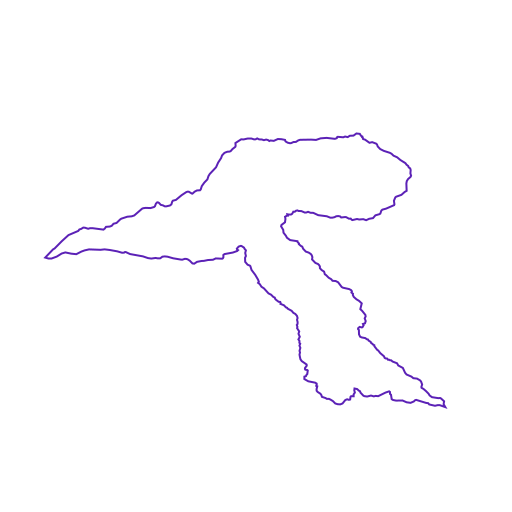 the district of La Florida, Nariño, Colombia, rotated 98°
{"feature_id": "7082276B51356117311945", "entity_name": "La Florida", "entity_type": "district", "adm_level": 2, "iso_a3": "COL", "parent_name": "Colombia", "parent_adm1": "Nariño", "projection": "equal_earth", "projection_center": [-77.375, 1.322], "detail": "fine", "context": "isolated", "style": "outline", "palette": "violet", "viewbox_px": 512, "rotation_deg": 98, "n_neighbors": 0, "source": "geoboundaries", "source_scale": "gbopen_adm2", "svg_char_len": 6129}
<svg xmlns="http://www.w3.org/2000/svg" viewBox="0 0 512 512"><g transform="rotate(98 256 256)"><path d="M286.9,464.5L287.4,461.0L287.0,458.2L284.3,453.2L280.6,448.8L279.0,445.3L279.4,439.3L279.2,434.2L275.9,429.5L274.3,426.5L272.7,422.3L271.5,410.8L270.5,406.9L270.4,401.7L270.7,394.1L271.4,389.2L271.1,387.2L270.4,386.5L270.2,385.6L271.6,381.0L272.1,367.9L273.1,362.7L273.1,359.3L271.9,355.1L272.0,353.1L271.6,350.5L269.7,348.6L269.1,346.3L269.0,343.5L269.8,337.7L270.0,329.8L269.9,328.5L268.7,326.0L268.6,324.5L268.8,323.2L269.9,320.9L272.2,317.9L272.2,316.1L270.0,313.6L268.5,309.2L268.1,307.0L266.7,303.1L265.7,298.1L264.0,295.5L263.4,289.2L262.9,288.5L261.7,288.1L259.6,288.5L258.5,287.5L255.8,279.4L253.7,275.4L252.7,274.6L252.2,275.6L251.4,276.0L249.1,274.5L248.1,272.5L248.1,271.8L249.4,269.0L250.4,268.4L251.8,266.8L254.5,267.1L257.4,266.0L259.3,266.6L263.3,265.9L265.8,263.1L266.4,260.7L266.8,260.2L270.4,258.5L274.7,254.2L279.1,250.7L281.1,249.6L282.3,250.2L283.3,248.4L285.7,246.3L286.9,243.7L291.3,238.4L292.2,235.7L294.1,233.2L294.6,231.6L295.6,231.2L296.5,230.2L298.2,227.2L298.1,225.6L299.3,225.0L300.0,225.1L300.9,221.5L302.7,219.2L303.0,217.9L303.7,217.4L305.3,213.1L307.1,211.1L307.9,209.0L309.6,207.1L311.6,206.2L313.5,206.5L315.6,205.6L317.5,205.4L318.6,206.0L320.5,205.1L321.7,205.3L324.7,202.7L327.1,203.1L329.9,201.4L332.7,202.4L334.1,201.1L335.9,201.0L336.7,200.0L338.7,200.5L340.8,199.3L343.9,199.7L345.4,199.0L347.6,199.2L350.3,198.3L352.1,197.6L353.7,196.1L356.4,190.8L357.6,190.5L360.1,191.9L361.1,191.8L361.7,191.3L361.8,189.3L362.2,188.8L365.8,188.8L366.5,189.4L368.0,189.8L368.7,191.3L371.1,191.0L372.8,186.8L373.2,179.8L373.9,178.2L374.5,178.0L376.2,178.3L376.5,177.2L379.4,177.5L381.0,177.2L382.0,176.1L383.4,173.1L384.5,172.0L386.3,171.1L387.0,167.3L387.6,166.1L387.3,163.9L387.9,162.1L389.0,159.6L391.0,157.0L391.4,154.5L391.2,151.9L390.0,149.8L386.2,147.5L385.2,145.8L385.5,144.0L385.0,142.8L382.3,142.8L381.6,142.3L381.3,139.8L379.5,140.1L377.5,139.1L375.3,140.0L373.5,140.0L373.7,137.3L375.1,135.3L375.5,134.1L376.7,133.6L379.4,130.2L379.7,129.2L379.7,126.4L378.2,122.7L378.6,119.8L377.9,118.1L377.8,115.5L373.2,108.7L371.5,105.3L372.0,104.4L373.9,104.1L374.6,103.0L378.9,101.7L379.5,100.3L379.7,97.2L378.7,90.8L379.9,86.5L379.9,82.5L378.1,79.5L376.6,78.3L376.2,77.3L377.8,67.2L377.8,65.0L378.9,63.8L379.4,57.9L378.4,55.3L378.1,53.4L379.3,47.5L376.6,49.6L373.7,49.5L371.3,53.0L371.0,53.9L371.4,55.7L371.3,62.1L369.9,64.7L368.4,65.9L366.1,68.9L364.3,71.7L363.5,73.7L362.7,74.0L360.1,73.6L357.3,75.1L356.3,76.3L355.0,79.5L355.1,83.2L353.8,85.3L352.4,90.4L350.9,92.1L346.4,95.0L344.6,99.9L342.6,101.4L341.5,106.1L340.5,107.6L340.6,108.8L340.2,109.7L340.4,110.8L339.3,111.9L339.4,113.3L339.0,114.4L337.5,115.3L334.9,119.4L332.5,121.9L332.1,122.9L328.9,126.2L327.9,126.4L327.3,128.1L326.7,128.5L326.2,129.8L325.1,130.5L324.1,132.7L323.1,133.5L323.0,134.7L322.1,136.3L321.9,140.1L321.4,141.7L319.2,143.1L315.0,143.8L314.1,144.8L313.3,144.8L311.8,143.5L312.0,141.2L311.6,140.6L309.6,139.8L308.4,140.6L307.5,138.7L305.2,138.3L302.6,139.7L300.6,139.0L299.1,139.5L295.6,143.2L294.1,145.3L288.2,144.7L286.1,147.7L284.9,150.5L282.9,153.5L281.1,154.7L279.9,154.7L278.9,156.4L277.6,156.1L276.6,157.0L275.8,159.1L275.3,165.4L274.8,166.8L270.6,171.0L269.7,173.6L269.9,176.8L268.5,178.3L267.4,181.0L265.2,183.9L264.5,185.3L262.0,186.4L260.8,189.0L259.2,191.0L257.4,191.3L256.1,192.4L255.3,193.5L254.6,196.2L251.6,200.0L249.3,200.0L247.5,200.9L246.4,202.0L245.3,204.3L244.7,207.3L242.3,210.3L240.3,211.5L239.8,212.9L238.3,215.2L237.6,215.2L236.3,216.8L235.6,217.0L235.5,224.4L233.6,227.9L231.8,229.2L229.1,232.0L226.3,232.7L223.1,235.3L221.7,235.1L218.6,232.0L215.2,232.0L213.1,232.7L212.4,231.7L211.8,231.4L211.6,230.1L210.3,230.7L210.4,229.1L210.0,227.0L209.1,226.0L206.9,225.2L206.8,223.8L205.6,222.7L205.1,221.3L205.5,220.1L205.2,217.4L206.2,213.7L205.9,212.2L205.0,210.6L205.6,208.1L205.3,205.3L206.9,200.1L206.8,191.4L207.7,187.8L207.4,185.7L206.6,183.6L205.5,182.1L205.0,180.1L205.1,178.2L206.0,177.0L205.0,173.1L205.0,172.1L206.1,169.2L205.8,167.4L206.8,166.3L207.0,165.5L205.3,161.1L205.5,158.9L204.6,154.9L205.2,151.9L203.4,149.1L202.2,145.4L199.1,143.4L197.4,139.6L196.7,138.8L193.6,138.2L192.5,137.3L191.0,133.8L186.4,126.3L185.6,126.1L182.1,127.1L178.6,126.2L177.8,125.5L175.2,120.5L171.9,117.7L170.5,115.9L163.2,117.2L160.8,117.1L158.6,116.1L156.2,114.0L154.9,113.6L152.7,114.6L149.4,114.8L147.8,115.5L147.0,117.1L145.7,117.8L144.6,119.7L143.3,120.9L140.9,126.3L138.6,130.0L137.5,133.8L135.9,136.0L135.2,137.8L134.1,144.1L132.8,147.9L130.6,150.7L128.7,151.7L128.0,152.7L127.1,156.8L128.1,159.4L125.6,164.2L125.3,166.2L124.0,166.7L123.7,167.4L122.9,167.3L122.3,168.8L120.6,170.2L120.7,173.6L123.2,176.2L123.9,179.9L125.5,181.7L125.3,184.4L126.3,186.1L126.6,191.6L127.0,192.2L128.1,192.4L129.0,194.2L129.2,202.5L130.5,208.4L132.7,212.7L133.1,217.7L134.8,228.5L135.6,230.2L137.5,232.4L137.9,234.7L139.3,236.9L139.6,238.0L139.4,240.3L138.7,242.1L138.3,242.8L137.0,243.4L136.8,247.0L137.1,250.6L139.5,254.4L139.6,257.7L140.3,258.8L139.5,260.3L139.3,262.2L140.2,264.3L139.8,266.5L140.1,269.1L139.4,271.2L140.5,272.6L140.8,274.1L140.3,277.0L140.9,280.8L142.3,284.5L142.5,286.9L147.0,292.1L149.8,291.5L150.8,291.7L153.4,294.2L155.7,295.7L156.3,296.8L156.7,298.8L157.7,300.7L158.4,301.7L161.1,303.6L163.9,304.2L168.8,306.5L173.7,307.9L181.2,313.2L183.5,314.2L186.9,314.8L190.5,317.4L194.3,319.4L197.8,320.0L198.7,320.6L199.3,323.6L200.8,325.7L203.1,327.6L203.1,328.2L201.7,331.5L201.8,332.7L202.4,333.9L206.1,338.1L211.6,343.1L212.8,346.0L213.7,346.5L216.7,347.0L218.0,348.3L219.4,352.0L219.5,353.3L218.8,355.2L218.6,357.4L216.9,359.5L216.5,360.7L216.7,361.4L218.1,362.4L220.8,363.0L221.7,363.8L223.2,367.1L223.7,371.9L224.4,374.4L225.0,375.4L232.8,382.2L234.0,384.6L235.0,388.9L237.8,394.6L238.7,395.6L242.7,398.7L243.9,401.6L246.2,403.1L247.2,404.9L248.0,408.6L249.8,409.5L251.1,410.7L251.2,421.7L251.6,424.3L252.4,426.0L251.8,429.3L251.9,431.0L253.5,432.9L254.3,434.6L255.9,435.5L261.4,444.6L268.4,450.4L276.6,456.5L277.7,457.9L286.9,464.5Z" fill="none" stroke="#5b21b6" stroke-width="2"/></g></svg>